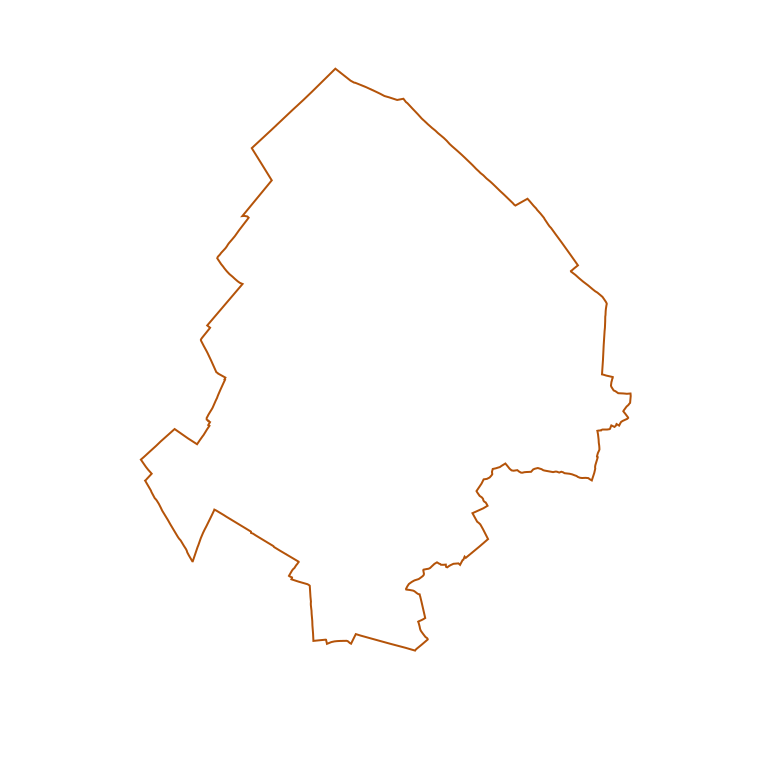 outline of Dumbraveni, Vrancea, Romania, rotated 209°
{"feature_id": "2599482B91925351810822", "entity_name": "Dumbraveni", "entity_type": "district", "adm_level": 2, "iso_a3": "ROU", "parent_name": "Romania", "parent_adm1": "Vrancea", "projection": "mercator", "projection_center": [27.087, 45.55], "detail": "fine", "context": "isolated", "style": "outline", "palette": "amber", "viewbox_px": 768, "rotation_deg": 209, "n_neighbors": 0, "source": "geoboundaries", "source_scale": "gbopen_adm2", "svg_char_len": 6154}
<svg xmlns="http://www.w3.org/2000/svg" viewBox="0 0 768 768"><g transform="rotate(209 384 384)"><path d="M614.0,526.2L612.6,525.4L597.5,517.0L580.9,507.7L589.3,462.2L587.7,463.3L584.7,464.3L583.0,463.8L583.3,461.6L585.3,448.3L586.1,441.1L587.0,436.4L587.9,432.1L588.1,430.5L588.2,428.1L588.5,425.8L589.7,421.0L590.1,419.2L590.2,417.9L590.9,415.2L591.0,414.3L590.8,413.1L584.6,409.9L581.6,408.7L579.7,407.8L576.2,406.4L572.5,405.2L568.4,404.4L565.6,403.7L561.8,402.9L559.2,402.6L556.2,402.9L567.0,349.5L563.4,348.9L563.6,347.3L565.2,338.1L565.6,335.7L565.7,334.1L565.2,333.3L560.1,329.9L555.2,326.8L553.4,325.6L546.7,320.8L536.3,313.0L534.9,313.0L534.4,312.7L525.8,312.7L525.7,310.6L525.1,310.6L524.9,307.4L524.7,304.8L524.3,299.7L523.8,294.6L523.5,292.1L523.3,291.2L523.1,287.7L522.4,280.2L522.4,278.8L522.5,276.7L522.6,274.7L522.7,271.5L522.6,270.1L522.6,269.3L522.7,268.8L522.5,268.1L522.2,267.5L521.8,266.9L519.7,266.8L519.7,266.4L517.7,266.3L517.8,262.9L516.4,262.8L516.8,258.4L516.9,255.6L517.1,251.6L517.2,251.1L517.3,250.5L517.9,245.2L518.3,240.7L529.0,241.4L545.3,243.1L551.5,225.4L553.3,219.5L556.0,211.6L558.6,203.8L560.0,200.0L552.1,196.1L548.8,194.7L545.3,193.5L543.7,192.9L545.4,186.1L545.8,184.2L546.1,183.7L536.2,177.8L534.9,176.7L529.0,172.9L527.8,172.6L526.4,172.0L522.8,170.0L519.1,167.5L516.6,165.7L507.1,160.3L502.7,157.6L490.3,150.4L488.3,149.4L486.0,148.6L480.5,145.4L477.3,143.7L475.7,142.6L474.5,141.4L471.6,139.5L465.7,136.0L465.3,136.2L468.0,151.0L468.2,152.8L469.5,160.4L470.1,166.1L470.3,169.6L470.4,173.8L471.0,185.8L471.3,190.7L471.5,191.9L469.5,192.0L460.6,191.7L457.6,191.5L428.8,190.4L428.1,189.3L426.2,189.6L425.7,189.6L423.1,189.4L402.4,188.6L401.8,188.5L401.4,188.2L401.1,188.1L394.0,187.8L379.3,187.4L372.8,187.2L372.5,187.2L372.3,186.9L372.5,186.0L372.6,184.5L372.9,183.2L373.1,180.8L373.1,179.8L373.8,177.7L374.0,176.0L374.1,170.1L373.6,170.0L370.6,170.2L370.4,169.8L370.3,168.3L363.0,169.7L353.9,171.8L352.4,171.8L351.2,171.6L350.7,170.9L345.2,162.3L342.3,158.1L341.9,157.1L340.9,155.3L338.4,151.8L337.5,150.6L335.8,147.8L331.8,141.9L329.6,138.2L325.1,131.4L321.2,125.1L311.1,132.1L310.7,132.2L307.9,129.1L304.9,132.8L302.5,134.9L300.5,136.3L297.8,138.0L292.3,141.2L291.1,141.5L288.2,140.9L286.9,140.9L287.1,144.8L287.4,151.6L282.6,152.6L270.1,155.6L252.7,159.8L237.3,163.7L227.6,165.9L227.6,166.4L227.1,168.2L224.7,174.2L221.9,181.7L222.0,182.0L222.8,182.5L223.5,182.7L225.0,182.8L228.5,184.3L231.5,185.7L232.4,186.2L233.7,187.3L235.3,189.2L238.0,192.0L238.9,192.7L238.7,193.1L236.7,195.7L235.7,197.2L234.5,199.3L245.9,212.0L249.2,215.6L250.0,216.3L250.8,217.3L252.2,216.9L254.0,217.0L256.1,217.4L257.4,217.5L258.4,217.4L261.7,216.3L264.9,215.0L265.4,215.4L265.5,218.1L265.3,221.1L263.8,224.3L262.2,226.9L261.0,228.2L259.1,230.2L258.4,231.6L257.0,234.7L256.8,235.6L256.7,236.3L257.0,237.3L258.5,239.1L259.4,240.2L259.4,240.8L256.8,243.0L255.5,244.0L254.6,245.2L254.2,246.3L253.9,247.4L253.3,249.2L252.7,251.1L251.2,253.7L248.6,253.6L247.5,253.8L246.6,253.5L244.5,254.6L242.4,256.0L241.8,255.0L240.8,254.1L239.7,254.4L239.2,255.7L238.0,257.8L236.1,260.4L231.9,263.2L229.8,262.7L229.9,268.1L229.4,268.8L229.8,272.1L228.2,271.6L227.3,273.9L221.7,288.2L217.8,298.8L227.0,305.0L231.7,307.9L234.0,308.5L235.7,308.7L244.0,313.9L236.9,323.4L234.4,327.7L235.7,328.6L236.8,329.2L237.6,329.7L239.1,329.7L240.2,330.1L241.1,330.8L241.5,331.4L242.5,331.9L243.6,332.3L246.1,332.5L250.1,334.5L251.2,335.2L250.4,344.1L250.6,348.9L248.0,350.9L246.3,353.4L245.9,355.1L245.6,356.6L245.6,357.7L246.7,359.1L247.0,359.6L247.7,362.4L245.3,364.5L243.6,366.3L242.4,367.5L241.6,369.2L239.3,373.3L236.2,372.1L233.1,370.8L230.5,370.3L228.6,371.0L225.6,373.3L223.5,372.9L221.1,372.9L219.8,373.6L218.6,374.8L216.7,376.1L212.8,378.5L212.1,381.6L210.9,383.1L208.7,385.1L204.9,385.9L202.9,385.8L201.4,386.2L193.4,388.9L191.6,390.5L190.4,391.1L187.8,391.5L186.4,393.2L184.5,393.6L182.9,393.5L178.1,395.5L175.6,396.2L173.3,396.5L171.0,396.9L169.5,396.7L167.2,397.0L165.2,397.8L162.1,399.7L159.5,400.8L158.5,400.5L155.5,400.4L157.0,408.2L158.2,412.4L158.7,413.0L159.3,414.1L159.8,415.5L161.2,422.0L161.5,423.4L161.8,423.8L162.5,423.7L162.7,424.0L162.9,425.0L163.4,427.0L163.5,427.9L163.6,429.2L163.6,429.7L163.8,431.1L164.5,432.3L165.8,434.3L167.7,436.8L169.4,439.5L172.4,443.7L174.6,446.4L174.7,446.5L173.9,447.2L171.6,448.7L171.7,449.1L170.8,450.1L167.9,451.7L166.7,452.4L166.2,452.8L165.0,453.7L164.7,454.1L164.6,454.4L165.0,457.0L165.1,458.0L161.6,458.2L161.0,460.0L161.2,461.7L158.2,461.6L158.3,464.8L158.2,465.9L157.3,467.5L155.7,469.7L154.4,471.4L154.0,472.7L154.2,473.0L156.0,473.8L158.9,475.1L160.2,475.6L161.1,476.0L161.5,476.2L161.5,477.2L160.9,481.9L160.4,483.2L160.0,484.5L159.9,485.7L159.6,486.8L162.4,493.1L163.5,494.8L163.8,495.2L166.8,493.2L169.8,491.9L174.7,489.5L178.1,489.9L180.0,489.7L183.7,491.7L184.7,492.6L186.1,496.1L186.1,496.4L186.9,499.4L186.9,500.2L187.3,501.0L190.7,500.0L193.8,499.1L196.7,498.5L198.0,498.1L204.1,511.1L207.3,517.6L210.6,524.3L216.8,537.4L217.7,539.5L218.2,540.6L220.8,545.8L223.2,550.3L223.7,551.7L225.4,555.1L226.4,557.4L227.2,559.6L227.7,561.0L228.0,562.1L228.8,562.8L229.9,563.5L235.1,566.1L241.7,567.4L244.3,567.5L247.8,568.1L253.3,569.2L259.6,570.1L264.7,571.1L269.4,572.2L275.0,573.0L275.3,573.4L274.9,574.3L274.6,574.9L273.8,577.2L271.9,581.8L283.3,587.3L297.2,593.9L306.8,598.3L313.6,601.5L315.6,602.1L318.1,603.3L319.8,604.2L323.3,606.0L324.7,606.9L329.7,608.9L334.7,610.6L335.8,611.2L339.6,612.4L345.4,614.6L348.3,615.6L355.6,603.8L357.3,604.0L358.8,604.6L365.2,606.3L370.4,607.7L376.1,609.1L386.0,611.8L389.3,612.6L393.7,613.4L394.5,613.6L398.3,614.7L401.9,615.3L404.3,616.0L407.6,616.8L412.8,618.4L419.2,620.1L426.9,622.1L433.4,623.6L440.0,625.0L443.2,625.8L447.2,627.2L449.1,627.7L451.0,628.2L455.7,629.1L458.4,629.6L461.8,630.5L464.6,631.0L465.9,631.2L471.8,632.5L472.8,632.8L479.8,634.5L485.0,636.3L492.7,638.7L499.8,641.0L501.4,641.2L505.3,642.9L510.2,638.8L518.5,637.2L523.2,636.1L528.1,636.0L533.3,635.7L543.9,634.9L555.3,633.5L556.2,633.1L560.3,633.1L579.4,636.2L588.7,604.7L592.2,593.4L597.0,578.9L605.8,551.2L614.0,526.2Z" fill="none" stroke="#b45309" stroke-width="2"/></g></svg>